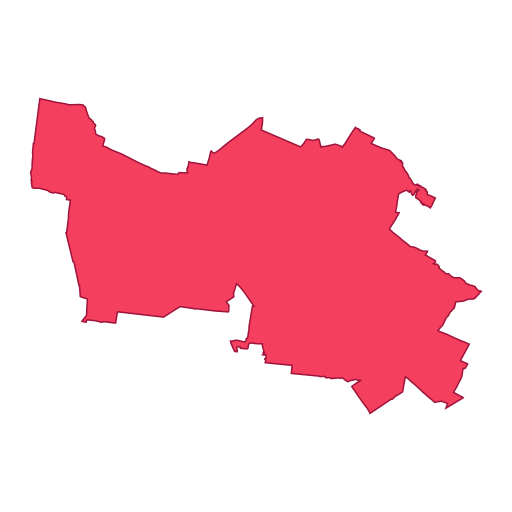 Topolog, Tulcea, Romania
{"feature_id": "2599482B94952153685810", "entity_name": "Topolog", "entity_type": "district", "adm_level": 2, "iso_a3": "ROU", "parent_name": "Romania", "parent_adm1": "Tulcea", "projection": "natural_earth1", "projection_center": [28.367, 44.857], "detail": "fine", "context": "isolated", "style": "filled", "palette": "rose", "viewbox_px": 512, "rotation_deg": 0, "n_neighbors": 0, "source": "geoboundaries", "source_scale": "gbopen_adm2", "svg_char_len": 5991}
<svg xmlns="http://www.w3.org/2000/svg" viewBox="0 0 512 512"><path d="M39.8,98.6L34.1,142.8L34.0,143.5L33.4,143.4L32.5,152.6L32.9,155.3L32.4,159.0L32.5,159.2L32.1,163.7L32.1,167.6L31.7,169.6L30.9,171.4L30.7,173.6L31.5,177.0L31.2,180.9L31.9,181.2L31.8,182.2L31.6,182.2L31.5,183.4L32.2,187.5L33.4,188.2L39.0,188.2L46.2,190.0L47.6,190.5L49.9,192.1L52.5,192.9L53.2,193.0L55.0,192.4L63.9,194.4L64.3,194.7L64.7,196.0L66.2,196.6L66.7,197.0L66.4,199.5L69.0,200.0L70.4,200.0L68.9,210.8L68.4,216.4L68.6,216.7L68.6,217.1L66.8,231.0L66.5,233.1L66.0,233.0L73.0,261.6L73.2,261.9L73.9,261.8L79.0,285.7L79.5,285.7L80.3,296.7L87.4,299.0L86.5,315.3L81.9,321.2L83.5,321.8L86.0,322.2L86.8,320.1L87.7,319.9L95.3,320.7L101.6,322.3L103.8,321.7L115.6,323.1L117.1,313.8L117.5,312.1L117.7,311.8L163.5,317.1L180.0,306.6L192.9,308.4L194.8,309.0L196.3,308.7L215.3,311.0L228.2,311.9L228.6,311.5L229.0,305.6L228.8,305.0L226.5,302.3L226.3,301.8L233.8,296.8L233.5,293.6L236.5,283.6L240.2,287.2L244.2,292.1L254.0,306.3L252.4,306.3L249.1,326.2L248.9,330.8L248.5,331.7L248.0,335.6L247.6,337.7L246.8,338.8L246.4,338.5L246.2,338.6L246.0,340.8L244.8,341.7L244.1,341.9L237.1,340.2L233.8,340.6L232.3,341.2L230.5,341.0L231.1,343.7L231.6,344.5L232.5,346.9L234.6,351.4L237.0,351.8L237.4,350.9L237.2,349.6L236.8,348.9L236.9,347.0L240.1,346.8L240.4,347.2L240.3,348.1L240.6,348.3L245.0,348.8L247.4,348.8L247.9,348.3L248.1,347.5L248.2,346.2L248.9,343.8L249.6,343.1L252.6,343.1L255.0,343.6L258.1,343.8L262.4,343.8L262.4,345.9L263.9,351.3L263.5,351.8L263.2,352.6L264.3,352.6L264.4,353.1L262.7,354.8L266.2,355.2L265.8,358.7L264.8,358.7L264.7,359.1L265.4,359.6L265.6,360.6L265.2,362.7L292.1,365.4L291.3,373.4L318.8,376.1L320.0,376.6L325.0,376.4L325.4,376.8L325.5,377.6L326.1,377.8L329.7,377.6L331.2,378.6L332.4,378.5L333.5,378.0L333.8,378.4L337.8,377.9L340.8,378.3L341.8,377.8L342.4,378.0L342.9,377.9L343.2,378.6L344.5,379.2L345.2,380.2L346.5,380.8L347.8,381.7L351.4,380.3L352.8,380.3L354.0,379.8L355.4,379.5L358.7,380.3L361.1,380.2L357.2,382.5L351.7,386.5L362.5,402.1L364.9,405.4L366.8,407.7L369.2,411.5L370.0,413.4L389.8,400.1L391.6,399.0L391.9,399.2L392.3,399.2L395.6,396.1L398.4,394.6L402.6,391.8L404.5,381.1L405.3,377.1L405.6,376.8L409.0,379.5L411.5,381.9L414.2,384.1L421.4,390.6L421.9,391.3L429.3,397.7L433.5,401.2L434.3,402.1L434.9,402.4L436.1,402.0L441.6,401.2L447.6,403.5L445.9,408.2L463.2,397.8L461.9,396.7L460.6,396.2L453.5,392.3L457.3,385.9L457.7,384.4L458.1,384.0L460.9,378.7L461.9,376.1L463.0,368.6L463.2,368.4L464.5,368.5L465.1,368.4L467.6,364.2L467.6,363.9L460.4,360.6L469.3,344.1L468.4,343.9L463.6,341.6L462.8,341.5L454.3,337.8L446.9,334.3L439.8,331.6L438.0,330.7L440.6,327.3L442.3,325.7L443.0,324.7L445.8,318.6L446.7,317.2L447.9,316.2L448.7,315.1L450.3,311.9L451.0,311.5L453.1,309.1L454.1,308.3L454.4,307.7L454.6,306.2L455.0,305.7L455.2,304.1L455.9,301.9L463.8,301.0L467.2,299.6L469.7,299.0L472.4,299.1L474.2,298.7L474.9,298.2L478.8,294.1L479.4,293.2L481.3,291.3L480.7,291.0L479.3,290.9L478.1,290.4L476.1,288.3L475.3,286.9L474.8,286.5L472.2,285.5L469.8,285.1L468.0,284.1L466.4,283.6L465.5,282.7L464.2,280.8L460.2,277.9L459.3,277.7L455.1,277.8L453.0,277.4L452.5,276.9L450.5,275.7L448.6,273.7L446.0,274.0L444.2,272.0L443.0,271.4L438.9,268.0L438.8,267.7L439.3,267.1L439.1,266.4L438.2,265.6L437.6,264.5L436.2,264.1L434.9,264.4L433.5,263.7L434.4,263.3L435.5,261.7L435.6,261.1L434.7,260.3L427.7,256.4L426.9,255.7L425.3,255.1L427.4,251.7L427.5,251.2L422.4,251.1L421.7,250.5L420.6,250.4L418.2,248.9L414.4,247.2L410.5,246.6L410.0,246.4L406.2,243.0L403.4,241.0L402.6,240.2L401.8,239.9L400.8,238.6L392.9,232.4L389.6,229.2L389.6,228.6L390.2,227.6L396.0,218.6L395.9,218.0L396.2,217.9L398.4,214.3L399.1,212.6L395.6,212.5L395.5,212.2L396.8,205.8L397.1,202.8L398.6,193.9L401.9,192.1L406.7,190.1L407.5,190.9L409.3,192.2L409.7,192.0L410.1,190.7L410.4,190.6L411.4,192.9L411.6,194.2L412.9,195.3L414.2,194.1L414.5,193.2L416.4,190.2L417.1,189.4L418.0,189.1L419.0,190.1L416.5,192.3L416.7,193.3L416.3,194.0L415.7,195.9L415.9,197.9L418.4,199.3L420.6,201.3L421.0,201.4L420.6,202.1L421.1,202.5L421.1,202.9L423.2,205.1L423.5,205.0L423.1,204.0L423.6,203.5L424.6,205.0L427.3,205.9L430.3,207.9L431.9,205.4L433.5,201.6L435.4,198.1L434.2,197.4L428.8,195.0L428.0,195.0L427.0,194.5L427.0,194.1L427.4,193.3L427.3,192.0L427.0,191.5L425.6,190.7L425.5,190.2L426.0,189.6L423.6,187.9L422.6,187.3L421.8,187.3L421.3,187.0L420.7,186.9L420.6,186.5L420.8,186.1L419.6,185.4L418.6,185.9L417.4,185.1L417.5,184.8L418.0,184.6L417.5,184.1L415.1,185.2L412.7,183.1L411.4,180.4L410.0,178.3L409.0,177.4L408.4,175.5L407.5,173.8L406.0,171.6L404.8,170.3L404.1,168.4L402.4,165.7L402.7,162.9L401.8,162.1L401.3,160.8L400.5,161.4L400.4,160.6L399.8,160.0L398.5,159.7L397.5,159.1L394.0,154.9L390.0,150.8L389.0,150.2L381.9,148.1L371.2,143.5L374.4,138.3L374.2,138.0L361.3,131.8L359.5,130.8L360.0,130.0L358.1,128.7L357.7,128.7L355.7,127.8L355.4,127.4L354.3,128.9L349.1,136.9L344.7,144.1L343.6,145.2L342.4,147.3L340.8,146.0L335.3,144.2L334.1,144.3L331.5,145.1L330.3,145.2L328.3,145.8L324.5,146.5L321.8,146.6L320.9,147.0L319.1,139.6L318.0,139.0L314.8,140.1L312.0,140.4L309.1,139.5L306.4,139.3L303.6,143.7L300.6,146.9L261.3,130.0L262.5,122.6L262.6,117.8L259.2,118.1L255.7,120.2L252.8,123.6L248.2,127.6L227.6,143.0L227.3,143.4L226.0,144.3L218.3,150.7L215.3,152.6L213.8,153.2L212.8,152.7L211.5,151.1L210.8,150.6L210.9,150.8L209.6,156.3L209.4,157.7L209.0,158.6L207.1,165.1L194.6,162.9L190.8,162.5L188.9,161.8L188.7,163.9L188.1,166.3L187.0,168.8L187.0,170.6L187.7,172.6L186.0,172.9L179.2,172.6L178.4,173.1L177.9,174.4L164.7,173.0L161.6,173.2L157.8,171.7L156.4,170.8L149.9,167.8L148.7,166.9L146.0,166.0L138.5,162.6L121.5,153.9L111.7,150.0L106.8,147.3L102.7,145.9L104.3,140.7L104.7,138.5L101.8,136.6L99.5,136.0L96.8,134.8L95.7,133.7L95.5,133.3L95.5,131.4L94.4,128.3L95.7,125.4L95.3,124.6L94.6,124.0L93.8,123.6L93.0,121.4L92.2,121.3L91.7,120.1L88.9,117.8L86.8,111.9L85.5,107.3L82.9,104.9L79.4,104.5L69.2,104.8L65.2,103.8L56.1,102.3L39.8,98.6Z" fill="#f43f5e" stroke="#9f1239" stroke-width="1.5"/></svg>